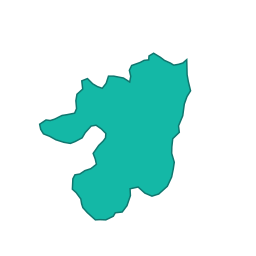 outline of Trachonas, Cyprus, rotated 222°
{"feature_id": "46923920B71811128536936", "entity_name": "Trachonas", "entity_type": "district", "adm_level": 2, "iso_a3": "CYP", "parent_name": "Cyprus", "parent_adm1": "", "projection": "orthographic", "projection_center": [33.353, 35.206], "detail": "fine", "context": "isolated", "style": "filled", "palette": "teal", "viewbox_px": 256, "rotation_deg": 222, "n_neighbors": 0, "source": "geoboundaries", "source_scale": "gbopen_adm2", "svg_char_len": 1245}
<svg xmlns="http://www.w3.org/2000/svg" viewBox="0 0 256 256"><g transform="rotate(222 128 128)"><path d="M130.1,218.1L130.7,213.1L133.0,209.2L136.1,205.3L140.0,204.6L146.2,202.6L151.2,202.2L159.0,200.7L160.6,195.6L158.2,192.5L161.3,189.0L162.9,184.7L167.1,176.9L165.6,171.8L160.6,168.3L157.5,163.3L164.8,162.1L173.3,157.0L177.2,153.5L174.1,146.5L173.7,140.3L178.4,138.3L183.8,137.2L191.2,137.6L193.9,132.1L187.7,126.6L188.5,118.9L185.0,113.4L179.2,108.0L177.6,103.3L182.3,97.0L185.4,93.2L188.5,85.4L190.8,81.5L194.3,79.1L196.2,71.7L192.0,68.6L186.9,67.1L180.7,69.4L173.7,71.0L166.0,74.5L160.5,78.0L158.2,82.6L155.5,90.0L156.7,95.9L156.7,104.8L153.6,108.7L147.0,109.5L140.8,109.1L138.1,105.6L137.7,101.7L138.1,95.5L136.9,85.8L131.5,83.0L127.2,79.9L128.4,72.9L131.5,67.5L133.0,61.6L136.1,57.7L135.0,53.4L128.4,45.3L123.3,45.3L115.6,43.7L111.7,40.6L108.2,38.6L101.6,37.9L90.8,37.9L87.7,41.0L83.0,44.9L79.9,52.6L80.7,56.5L76.1,61.7L76.8,69.6L81.0,79.4L85.8,84.2L81.0,90.9L71.9,90.9L64.6,93.4L61.0,99.5L59.8,111.0L62.8,120.8L67.1,128.1L70.7,133.5L78.6,138.4L82.8,143.3L87.6,150.0L87.0,159.1L91.9,163.4L95.5,173.7L102.2,183.5L105.2,190.8L106.4,197.5L114.3,202.9L119.8,207.2L130.1,218.1Z" fill="#14b8a6" stroke="#0f766e" stroke-width="1.5"/></g></svg>